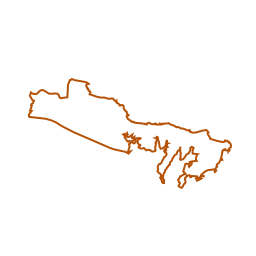 the district of Devonport-Takapuna Local Board Area, Auckland, New Zealand, rotated 320°
{"feature_id": "76426892B81581642165693", "entity_name": "Devonport-Takapuna Local Board Area", "entity_type": "district", "adm_level": 2, "iso_a3": "NZL", "parent_name": "New Zealand", "parent_adm1": "Auckland", "projection": "albers", "projection_center": [174.779, -36.789], "detail": "fine", "context": "isolated", "style": "outline", "palette": "amber", "viewbox_px": 256, "rotation_deg": 320, "n_neighbors": 0, "source": "geoboundaries", "source_scale": "gbopen_adm2", "svg_char_len": 6063}
<svg xmlns="http://www.w3.org/2000/svg" viewBox="0 0 256 256"><g transform="rotate(320 128 128)"><path d="M76.5,38.4L73.5,40.2L72.7,45.6L73.5,46.6L71.1,47.9L69.4,47.6L68.3,48.4L68.6,49.0L66.5,50.5L64.1,51.8L65.1,53.0L60.9,54.0L60.4,54.4L59.5,56.0L70.8,67.9L74.3,73.0L76.4,77.3L78.5,84.0L83.7,96.3L101.4,131.7L103.7,135.5L110.8,144.8L112.0,148.0L114.8,147.5L112.3,146.5L117.4,143.1L118.3,141.0L120.1,141.3L121.1,139.7L120.7,138.7L119.5,138.7L119.0,138.0L119.4,133.1L120.5,131.4L120.6,130.8L120.2,129.9L121.4,130.1L121.5,131.1L122.0,131.6L123.9,131.2L123.3,132.3L123.5,132.8L121.7,133.0L121.5,133.6L121.7,134.4L123.3,135.6L126.9,135.9L125.5,136.7L124.7,138.1L125.1,138.7L127.1,138.9L125.1,140.6L123.8,140.9L122.6,140.6L122.3,141.7L122.4,143.3L122.9,143.8L124.9,143.6L125.5,142.7L125.7,141.5L126.0,141.1L126.7,140.9L128.6,141.7L129.8,143.0L130.6,143.2L130.9,143.9L129.8,144.1L128.4,143.3L127.6,143.4L125.7,146.0L125.8,147.9L126.3,148.3L126.5,149.1L125.9,149.4L124.8,149.0L123.9,149.3L123.9,150.7L124.8,152.3L126.4,153.3L127.2,153.5L127.6,154.6L127.4,156.0L127.7,156.9L129.7,157.8L130.4,158.6L130.6,159.4L131.0,159.6L130.9,160.8L132.2,162.3L134.3,163.1L135.0,162.5L135.9,160.7L136.9,160.0L137.1,159.6L137.9,159.3L139.2,157.8L139.4,157.2L140.2,157.5L140.9,156.5L143.3,154.9L143.3,154.4L142.8,153.6L143.7,154.1L144.6,153.0L145.0,152.8L144.7,153.1L144.6,153.8L144.8,154.1L144.1,155.6L143.3,156.1L142.9,158.4L140.1,162.7L139.7,164.9L141.1,165.7L143.7,166.0L145.9,165.4L147.5,164.0L148.3,163.6L148.9,162.9L149.3,162.6L149.6,162.9L148.5,164.3L148.4,164.8L148.8,165.4L147.8,165.0L147.3,165.7L147.0,165.7L146.3,166.9L146.2,167.7L145.9,167.4L144.2,168.2L143.3,168.2L143.0,168.6L143.2,169.0L143.0,169.5L141.9,169.4L142.3,168.6L141.9,168.6L141.8,168.3L140.8,168.9L140.6,170.3L141.4,170.4L141.5,171.2L140.6,173.0L138.7,173.8L136.6,173.6L136.3,174.0L133.2,175.1L131.1,176.2L129.7,176.3L129.3,175.9L127.9,175.7L126.1,176.7L125.2,177.7L124.3,179.3L122.8,180.1L122.9,180.9L122.6,182.2L123.2,183.2L123.2,185.4L123.0,185.9L122.7,185.7L122.3,186.2L122.5,186.6L120.8,186.7L120.0,190.2L119.3,191.4L119.4,192.7L120.2,193.3L121.8,191.3L122.1,191.3L122.2,191.8L122.4,188.6L126.4,185.7L127.6,185.5L129.5,184.1L131.4,184.0L132.6,183.2L133.8,183.3L135.4,182.6L136.3,183.1L138.0,181.4L140.8,181.1L142.1,180.1L146.6,178.8L148.6,179.2L149.8,178.2L152.0,177.6L153.9,178.0L154.5,177.2L156.2,176.1L154.6,177.4L152.7,179.9L152.3,181.3L150.9,182.3L149.8,183.8L148.5,185.1L147.9,185.1L147.8,186.2L150.0,187.3L151.8,187.2L152.5,186.7L153.5,186.7L155.6,185.9L158.1,186.4L160.1,185.7L162.4,184.4L162.9,183.3L164.7,183.4L165.5,185.3L162.6,187.2L161.1,189.2L164.5,192.8L163.9,192.8L160.9,194.5L159.8,195.9L159.5,197.4L159.0,197.1L158.8,196.3L157.6,196.1L154.7,194.2L153.1,193.8L153.0,194.4L153.8,195.1L154.2,196.0L153.2,196.7L149.9,197.1L150.1,196.2L151.0,195.5L151.3,194.8L149.7,192.9L148.9,192.4L142.3,196.9L142.7,199.6L142.4,200.5L142.2,200.0L141.2,199.5L137.5,198.9L136.7,198.5L136.3,199.0L135.1,199.3L134.6,199.7L133.2,199.9L132.2,202.2L132.5,202.7L132.3,203.7L130.3,204.5L129.3,205.2L130.6,208.3L131.7,208.3L134.5,207.0L136.1,207.0L137.7,206.1L138.5,204.0L139.1,203.3L139.6,203.3L139.6,203.0L141.1,202.8L143.2,202.9L144.2,203.2L144.8,203.8L144.4,204.7L144.0,205.0L144.4,204.9L144.5,205.2L143.7,206.3L144.2,206.0L144.6,205.1L144.9,205.2L144.6,206.1L144.8,206.2L145.1,205.4L145.5,205.6L145.3,206.4L145.7,205.6L146.1,205.8L149.8,209.4L149.0,210.7L146.7,210.0L152.0,212.2L151.4,213.5L147.0,212.5L147.0,212.8L151.8,213.9L151.7,213.6L152.2,212.3L152.5,212.4L153.4,211.4L154.9,213.7L155.1,213.6L153.5,211.2L153.9,211.0L159.4,210.9L162.4,211.8L167.9,215.4L167.8,216.0L166.4,216.2L168.1,216.4L167.8,217.1L166.2,217.3L166.2,217.6L168.2,217.4L168.2,216.7L168.8,215.4L170.0,215.0L171.5,215.0L171.6,214.8L171.2,214.5L171.4,214.1L172.6,213.1L175.7,213.1L178.4,211.7L178.8,211.9L179.0,212.5L179.5,212.5L179.6,212.1L179.9,212.6L180.0,212.3L179.7,212.1L180.0,211.4L179.8,211.3L180.5,210.4L183.1,208.6L184.7,206.9L185.1,207.0L185.6,206.4L186.7,206.1L187.0,206.1L187.0,206.6L187.1,206.2L188.5,206.6L187.9,207.1L189.6,209.0L190.2,210.4L190.0,210.6L190.5,210.5L190.3,210.4L189.8,209.2L190.3,209.4L192.4,208.7L194.5,208.8L196.1,206.8L196.3,206.2L196.5,203.7L195.9,202.7L195.8,202.8L195.7,201.3L194.6,200.9L194.3,200.0L193.2,200.6L191.8,199.9L187.9,195.1L184.0,189.0L184.4,188.5L184.7,187.3L185.1,184.3L185.6,183.2L186.3,182.8L186.7,182.9L186.6,182.4L186.9,181.9L187.0,181.0L186.2,179.3L185.1,179.0L182.6,177.4L181.3,177.1L179.9,176.2L178.2,175.7L174.7,173.3L173.8,172.1L173.8,171.4L173.0,170.6L173.0,170.2L173.6,169.7L173.7,169.2L173.1,169.2L173.4,169.1L172.0,168.0L170.2,164.4L167.9,161.8L167.9,161.3L167.4,160.0L166.6,159.1L165.7,158.7L164.8,155.9L162.8,152.5L162.2,150.4L161.4,150.1L158.3,147.7L157.3,147.6L157.0,146.8L156.5,147.0L156.1,146.5L156.1,146.8L155.7,146.0L155.6,146.4L155.3,146.3L155.4,145.8L155.2,145.5L154.5,145.7L153.2,144.5L152.6,144.3L152.0,143.2L151.7,143.0L152.0,142.7L151.7,142.0L150.6,141.9L149.3,140.9L148.4,139.8L147.7,137.9L147.2,137.2L144.3,136.6L144.3,136.8L143.7,136.2L143.9,136.0L141.6,133.6L141.3,132.8L140.2,132.2L138.6,130.3L138.2,130.1L136.3,127.8L136.1,127.2L136.3,127.0L135.8,126.4L135.5,126.5L134.5,124.9L134.8,124.5L133.8,121.3L134.0,119.4L134.5,118.1L135.1,118.1L135.8,118.6L136.8,118.4L136.3,116.6L137.4,114.7L137.1,114.0L137.0,111.9L137.2,111.7L137.0,111.2L137.6,109.7L138.8,108.5L138.8,107.6L138.0,106.3L137.2,105.9L137.0,106.1L136.3,105.6L136.5,105.5L136.1,102.1L135.7,101.9L135.5,101.3L136.6,99.8L136.0,99.9L135.3,98.2L135.6,96.1L134.1,94.6L132.8,93.9L131.6,92.7L129.5,89.5L126.9,87.4L124.1,83.9L121.0,78.5L120.3,77.7L120.3,77.3L122.0,76.6L122.3,76.1L122.4,75.5L121.9,74.3L121.9,73.9L122.1,72.9L122.5,72.9L122.7,71.9L122.7,71.2L122.4,71.3L122.3,71.0L123.2,68.7L124.1,68.1L126.3,68.9L125.8,67.1L124.7,65.1L117.6,56.7L116.6,54.4L114.4,54.4L114.2,54.0L109.9,56.3L101.3,65.5L95.5,61.8L95.4,60.0L96.2,57.9L96.0,56.6L94.6,54.8L92.3,53.3L89.5,50.9L88.0,45.9L86.8,43.8L84.8,42.9L80.3,43.2L79.5,42.9L77.8,41.5L76.7,39.6L76.5,38.4Z" fill="none" stroke="#b45309" stroke-width="2"/></g></svg>